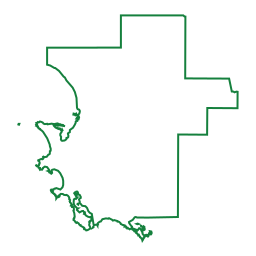 Streaky Bay, South Australia, Australia
{"feature_id": "25037944B67387382130548", "entity_name": "Streaky Bay", "entity_type": "district", "adm_level": 2, "iso_a3": "AUS", "parent_name": "Australia", "parent_adm1": "South Australia", "projection": "albers", "projection_center": [134.306, -32.738], "detail": "fine", "context": "isolated", "style": "outline", "palette": "green", "viewbox_px": 256, "rotation_deg": 0, "n_neighbors": 0, "source": "geoboundaries", "source_scale": "gbopen_adm2", "svg_char_len": 5713}
<svg xmlns="http://www.w3.org/2000/svg" viewBox="0 0 256 256"><path d="M47.1,64.7L50.2,65.5L54.4,68.0L55.2,68.0L59.1,71.0L63.6,76.6L64.9,77.5L66.4,80.4L72.7,87.7L74.9,92.1L76.5,97.9L77.0,107.8L77.6,109.1L79.2,109.7L79.8,110.9L79.8,111.8L79.3,113.6L78.0,114.9L77.9,116.6L78.7,116.4L79.1,117.3L78.5,119.4L77.6,119.4L77.3,120.9L76.4,120.8L75.7,121.6L75.7,122.7L74.8,124.7L73.0,127.7L69.9,130.0L69.8,132.2L68.1,133.2L67.9,133.7L68.4,135.6L68.2,137.1L67.5,137.8L66.5,137.9L66.3,139.3L64.6,140.5L62.2,140.8L61.6,140.6L60.9,139.5L61.1,136.9L60.3,135.3L60.3,133.9L61.7,131.8L61.5,131.1L62.5,130.3L62.2,129.7L62.0,130.3L61.1,130.3L60.2,129.5L60.3,129.1L60.8,129.6L60.3,128.7L58.9,128.9L58.0,128.3L57.9,128.7L57.3,128.4L57.8,128.1L55.6,127.6L53.8,125.7L53.4,124.7L54.5,125.3L56.1,124.9L56.8,125.2L56.5,125.4L58.0,125.7L59.2,125.4L58.0,125.2L59.4,124.6L59.3,125.1L59.6,125.3L65.0,126.2L63.6,125.7L63.1,125.0L59.0,124.4L58.8,123.9L57.4,123.4L54.3,124.1L51.6,123.7L47.5,124.3L47.2,123.8L44.8,124.1L43.5,123.6L42.8,122.6L41.6,122.0L39.9,121.5L39.0,122.3L38.1,122.1L38.1,122.5L36.8,122.8L37.0,123.0L36.6,123.3L36.8,123.8L36.1,124.4L36.5,124.9L36.3,125.4L37.0,125.3L36.9,126.1L37.9,126.4L37.7,127.1L38.5,127.6L38.5,128.3L40.0,128.9L39.9,129.3L41.8,130.6L43.1,131.9L47.2,138.3L49.7,144.5L49.9,146.2L50.7,148.7L50.7,150.4L50.4,151.1L49.9,151.2L49.8,153.6L49.5,154.2L48.3,154.7L46.7,156.8L44.2,157.1L43.4,156.6L43.0,156.9L43.4,158.4L42.8,159.1L42.2,159.3L41.4,158.9L38.2,160.3L38.3,160.8L39.1,161.1L39.7,162.8L39.6,163.7L39.1,164.0L39.0,165.2L38.0,166.0L36.3,165.2L36.1,165.5L36.9,166.3L38.4,166.8L38.6,167.7L40.1,168.0L40.1,168.6L39.6,169.0L40.0,169.8L40.6,169.4L42.0,169.7L42.4,168.9L43.0,168.5L43.0,167.9L44.8,166.6L47.1,167.1L49.0,169.7L49.1,170.6L48.0,171.0L49.5,171.6L49.4,172.0L49.9,171.9L50.2,173.0L51.3,173.7L52.1,172.9L52.0,172.3L51.4,172.5L51.1,171.9L51.5,170.4L52.2,169.8L54.3,169.3L58.1,170.8L60.2,173.2L62.6,177.9L63.2,180.9L63.2,185.0L62.5,187.3L60.4,189.5L56.2,188.1L55.1,188.7L54.5,188.6L53.3,189.5L51.2,189.6L50.8,190.1L50.9,190.5L51.7,191.0L51.5,191.4L52.1,191.6L52.0,192.0L52.7,191.8L52.4,192.5L53.1,192.9L53.1,193.2L53.5,193.3L53.8,193.9L54.5,193.9L55.0,195.2L55.5,195.0L55.8,195.3L55.9,196.5L56.5,197.3L56.3,197.5L56.3,198.5L57.2,197.3L57.1,196.6L57.7,196.4L58.6,197.1L59.4,196.6L59.7,195.9L59.1,195.3L60.8,193.9L62.8,194.0L64.0,194.9L65.9,195.1L66.6,194.9L68.0,195.8L69.2,197.4L69.2,199.1L69.7,199.3L70.1,200.1L69.6,201.2L70.0,201.7L70.0,202.4L70.8,203.0L71.3,203.8L71.3,204.8L71.6,204.8L71.1,205.5L71.7,205.6L71.6,206.0L72.2,206.2L72.1,207.0L73.3,207.1L73.8,207.9L73.9,210.0L73.4,210.6L74.3,213.2L74.7,216.8L74.2,217.5L74.4,217.8L74.2,218.5L73.6,218.8L73.5,220.0L74.6,220.7L75.6,222.4L76.8,222.3L76.8,222.8L77.4,222.6L78.6,223.3L79.3,224.6L80.0,225.2L80.5,225.1L80.5,225.7L84.0,227.6L84.3,228.0L83.9,228.7L84.1,229.2L85.5,229.5L86.2,230.4L87.6,230.1L90.5,228.4L89.8,226.1L89.3,225.6L89.2,224.3L89.7,222.9L89.2,222.1L90.7,221.0L90.2,221.0L89.3,221.9L89.5,221.4L91.7,219.6L91.8,219.0L90.5,216.9L89.7,217.2L87.9,216.7L85.8,215.4L85.3,214.5L84.0,213.9L84.9,212.3L84.2,212.0L84.4,212.4L84.0,212.3L83.2,211.0L81.9,211.1L79.5,212.4L76.9,209.9L77.2,209.0L78.0,208.4L77.2,208.4L74.6,205.6L74.0,204.6L73.6,202.3L73.9,199.4L75.0,198.7L75.9,198.9L76.0,198.4L77.1,197.9L77.5,197.3L76.5,197.1L75.6,195.5L76.9,194.1L75.8,193.6L74.8,194.1L74.2,193.2L75.0,192.3L75.9,192.1L76.3,191.6L77.3,191.6L77.9,192.4L78.1,193.9L77.4,194.4L77.4,194.8L78.7,194.5L79.7,194.9L80.8,197.0L80.7,198.0L79.7,198.5L79.0,199.5L79.8,201.9L79.5,202.9L80.7,203.9L82.2,205.8L85.4,206.2L87.1,208.0L88.3,211.1L89.8,212.8L91.8,213.9L93.7,225.2L96.8,224.5L97.4,225.5L97.4,224.9L98.0,224.6L97.6,223.7L98.0,223.0L99.7,221.7L100.8,221.5L102.4,219.2L105.9,218.4L108.4,218.7L109.0,218.2L112.0,219.7L112.9,220.6L114.2,220.1L117.3,221.0L117.5,221.6L118.2,221.5L119.3,222.0L120.7,223.4L120.8,224.0L123.0,225.1L123.8,225.0L124.5,225.6L124.5,226.3L124.9,226.0L125.0,226.5L125.8,226.3L126.5,227.0L126.3,227.6L126.8,227.7L127.0,228.3L127.7,228.1L127.7,228.5L129.4,228.9L129.7,229.3L130.8,228.7L131.8,228.8L132.4,229.6L133.2,229.8L134.5,231.5L135.9,231.3L136.0,232.1L136.6,232.1L136.2,233.0L137.3,233.7L137.7,234.5L138.4,234.5L138.4,235.2L138.8,235.2L138.7,235.6L139.1,235.6L140.1,236.7L140.0,237.2L141.0,237.9L142.1,239.5L142.4,240.6L143.2,239.4L143.2,238.2L144.2,237.8L144.6,237.0L144.2,236.5L144.5,236.1L146.4,235.8L147.9,236.6L148.4,236.1L148.5,235.3L148.3,234.9L146.6,234.9L146.4,234.8L146.7,234.6L144.5,235.4L143.3,234.8L142.5,233.7L142.6,232.9L141.1,230.0L142.1,229.5L143.4,230.4L145.0,229.5L145.5,229.6L144.7,229.2L144.4,228.5L144.4,226.9L143.7,226.4L143.1,228.2L141.3,229.6L139.2,228.2L137.9,230.0L136.4,229.8L132.3,228.2L131.8,227.4L132.0,226.6L131.1,225.8L129.2,223.1L129.0,222.0L132.7,219.9L134.7,217.3L135.8,217.0L136.9,217.5L147.6,217.6L177.9,217.0L178.2,134.5L207.1,134.7L207.3,108.0L237.5,108.2L237.6,91.8L236.5,91.6L234.5,92.3L233.5,91.6L231.8,91.5L229.1,78.6L185.2,78.4L185.4,16.6L184.5,16.5L183.3,15.4L120.9,15.4L120.9,47.6L47.1,47.7L47.1,64.7ZM149.0,233.7L149.4,234.4L151.0,234.4L151.5,233.6L150.9,234.0L151.5,233.5L151.9,232.4L151.6,232.7L151.3,231.5L149.9,231.2L150.3,232.5L149.4,232.7L149.0,233.5L149.0,232.8L149.0,233.3L149.0,233.7ZM76.3,114.3L76.1,113.6L75.3,114.1L73.6,113.6L73.4,114.6L75.0,114.9L75.4,115.4L76.6,115.3L77.1,114.9L76.3,114.3ZM137.7,223.6L136.7,223.9L137.3,224.2L138.5,224.0L137.7,223.6ZM77.5,204.2L78.2,204.6L78.4,203.6L77.6,203.8L77.5,204.2ZM18.4,124.5L19.0,124.7L19.3,123.9L18.6,123.9L18.4,124.5ZM141.0,226.0L141.2,226.7L142.0,226.7L141.5,226.0L141.0,226.0ZM92.8,227.7L93.5,227.3L93.5,226.6L93.1,226.9L92.8,227.7ZM76.5,118.5L76.8,118.5L77.3,118.3L76.8,118.0L76.5,118.5Z" fill="none" stroke="#15803d" stroke-width="2"/></svg>